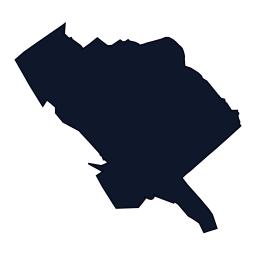 Castaños, Coahuila, Mexico (orthographic projection)
{"feature_id": "50627088B99449096184817", "entity_name": "Castaños", "entity_type": "district", "adm_level": 2, "iso_a3": "MEX", "parent_name": "Mexico", "parent_adm1": "Coahuila", "projection": "orthographic", "projection_center": [-101.298, 26.539], "detail": "fine", "context": "isolated", "style": "filled", "palette": "ink", "viewbox_px": 256, "rotation_deg": 0, "n_neighbors": 0, "source": "geoboundaries", "source_scale": "gbopen_adm2", "svg_char_len": 2327}
<svg xmlns="http://www.w3.org/2000/svg" viewBox="0 0 256 256"><path d="M38.8,41.9L24.3,52.1L15.4,59.8L24.4,75.6L29.6,84.8L42.8,106.2L46.0,101.1L47.0,99.9L48.1,100.7L55.7,107.1L55.7,113.0L60.1,118.3L63.1,122.0L79.2,130.6L80.5,132.1L81.9,133.6L89.5,141.8L93.1,145.8L99.8,153.2L100.4,155.0L101.3,155.7L102.1,155.9L102.2,156.4L103.6,159.7L104.5,159.7L105.2,159.7L108.3,162.9L102.8,165.2L101.3,165.8L88.2,163.5L97.2,168.4L102.9,171.6L96.6,175.7L102.8,187.0L106.6,193.0L108.2,195.5L110.8,199.7L112.2,201.9L113.1,203.4L116.2,208.1L123.6,207.8L138.3,207.3L142.9,201.6L144.2,199.8L144.5,199.7L144.8,199.1L145.0,198.7L145.1,198.3L145.2,198.2L145.1,197.9L144.9,197.7L144.8,197.4L144.8,197.2L145.9,197.4L147.6,198.2L149.2,198.9L151.2,199.2L152.9,198.5L153.9,196.9L154.1,195.5L173.6,202.9L174.2,201.5L178.2,204.0L188.4,215.9L192.7,218.4L199.4,222.9L204.0,232.4L207.8,231.1L216.8,228.3L212.3,214.8L210.7,212.4L209.7,211.0L209.0,209.9L208.9,209.8L208.7,209.6L208.4,209.3L208.3,209.1L208.1,208.9L208.0,208.7L207.1,207.7L206.8,207.4L206.6,207.1L203.9,203.9L200.5,199.8L187.4,185.1L181.8,177.9L186.3,173.5L189.3,171.3L191.8,169.2L194.6,166.6L197.6,164.0L203.2,159.1L206.3,156.4L207.0,155.7L208.1,154.8L209.4,153.7L209.9,153.3L210.3,152.9L211.2,152.2L212.2,151.3L215.5,148.5L224.4,140.5L224.5,140.5L233.9,132.0L238.2,128.1L240.6,125.9L239.2,123.5L239.1,122.2L239.7,121.9L239.1,120.6L238.8,119.6L238.2,118.9L238.1,117.3L237.7,115.8L237.7,115.3L238.4,114.2L238.6,113.2L237.3,111.9L237.4,110.5L236.2,110.5L231.4,110.6L226.7,103.4L226.1,103.3L225.7,102.6L224.7,101.4L224.6,99.6L223.8,99.1L222.8,99.1L222.2,98.8L221.5,99.0L219.0,96.4L219.1,96.2L218.6,95.9L206.6,81.1L205.4,80.5L204.4,79.8L203.3,79.2L203.0,78.9L202.2,78.4L201.8,77.5L201.7,76.8L200.9,75.6L198.2,73.1L190.5,68.2L184.6,66.3L184.1,58.5L184.3,56.9L184.0,54.6L183.9,54.2L183.0,50.9L182.2,48.8L180.5,46.7L179.0,45.6L175.6,42.1L172.8,39.8L172.0,39.4L168.8,37.7L168.7,37.6L165.5,37.6L161.3,39.4L160.3,39.6L152.4,41.8L147.3,43.1L143.0,44.6L140.5,45.1L139.5,45.3L138.3,43.9L134.6,42.3L129.5,41.2L128.1,39.8L127.7,40.1L125.0,41.9L124.9,41.9L122.7,42.0L120.1,40.1L112.0,45.6L107.6,45.9L102.5,42.1L97.3,38.0L89.8,44.1L83.0,48.9L80.6,45.7L72.0,39.4L71.3,37.7L68.9,38.4L64.2,33.8L65.0,23.6L63.2,25.0L60.1,27.2L50.5,33.8L43.9,38.4L38.8,41.9Z" fill="#0f172a" stroke="#020617" stroke-width="1.5"/></svg>